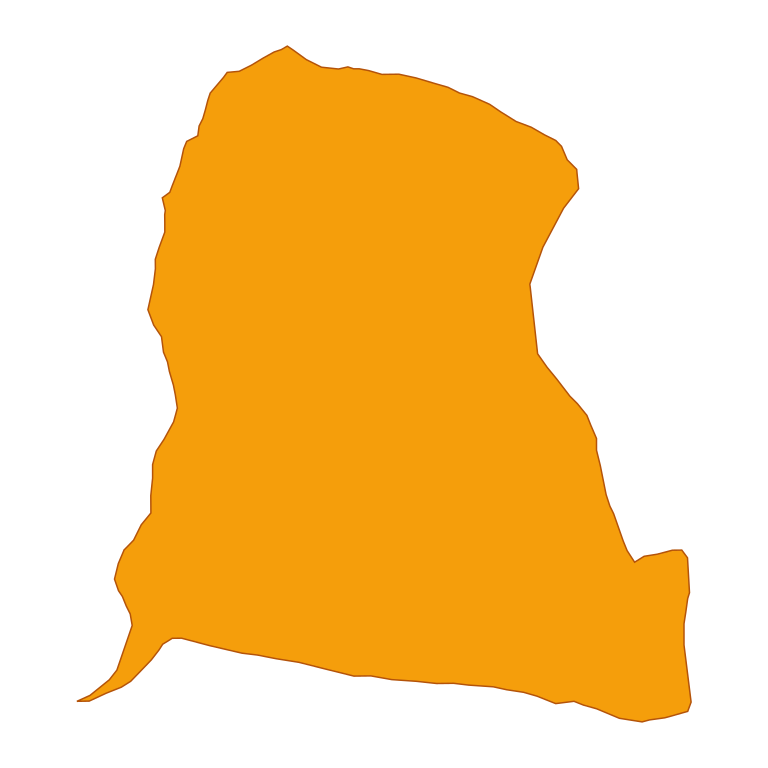 the district of Owan West, Edo, Nigeria
{"feature_id": "59680162B12689851933854", "entity_name": "Owan West", "entity_type": "district", "adm_level": 2, "iso_a3": "NGA", "parent_name": "Nigeria", "parent_adm1": "Edo", "projection": "orthographic", "projection_center": [5.884, 6.933], "detail": "fine", "context": "isolated", "style": "filled", "palette": "amber", "viewbox_px": 768, "rotation_deg": 0, "n_neighbors": 0, "source": "geoboundaries", "source_scale": "gbopen_adm2", "svg_char_len": 2178}
<svg xmlns="http://www.w3.org/2000/svg" viewBox="0 0 768 768"><path d="M687.7,711.4L691.1,702.1L684.0,645.0L684.0,623.7L685.8,612.1L687.7,598.5L689.5,592.7L687.5,557.8L681.8,550.1L672.4,550.2L657.3,554.2L644.1,556.3L634.6,562.2L627.1,550.6L623.2,541.0L619.1,529.3L613.7,513.9L612.7,511.8L609.9,506.2L606.1,494.6L600.3,465.6L596.5,450.2L596.5,438.5L590.7,425.0L586.9,415.4L577.5,403.8L569.9,396.2L556.6,378.9L547.1,367.3L537.6,353.8L530.2,287.0L529.8,284.2L542.9,247.2L563.6,208.2L578.6,188.7L577.0,173.0L576.7,169.4L567.2,159.8L561.5,146.3L558.4,143.2L555.8,140.5L544.4,134.8L531.2,127.2L516.1,121.5L500.9,112.0L489.6,104.3L472.6,96.7L459.4,93.0L448.0,87.3L434.8,83.5L415.9,77.9L398.9,74.2L381.9,74.4L368.7,70.6L367.2,70.3L359.2,68.8L353.6,68.8L347.9,66.9L338.5,69.0L321.5,67.2L306.3,59.6L293.1,50.0L287.3,46.1L281.3,49.6L274.1,52.0L263.3,58.0L257.2,61.7L251.2,65.3L239.2,71.3L227.2,72.4L224.9,75.5L223.6,77.3L210.2,93.1L207.8,100.4L205.3,110.1L202.8,118.7L199.1,126.0L197.8,135.8L186.7,141.4L183.7,148.7L179.9,166.2L176.4,175.2L175.3,177.9L174.4,180.3L172.3,185.6L169.8,192.3L162.3,197.8L165.3,210.5L164.7,214.7L164.8,222.3L164.8,232.1L159.1,247.6L155.3,259.3L155.4,268.9L153.5,284.5L147.9,309.7L153.7,325.1L161.5,336.7L163.5,352.2L167.5,361.9L169.4,371.5L173.4,385.1L175.3,394.7L177.4,408.3L177.1,409.0L176.5,411.3L175.9,413.6L173.6,421.9L164.0,439.4L156.3,451.0L152.6,464.6L152.6,476.2L152.6,478.2L150.8,495.6L150.9,513.0L147.8,516.8L141.3,524.7L133.6,540.2L126.5,547.5L124.8,549.2L124.0,550.0L123.7,550.9L118.3,563.6L114.5,579.1L118.5,590.7L122.4,596.5L126.3,606.1L130.2,613.9L132.2,625.5L116.9,670.1L109.3,679.8L90.0,695.4L76.9,701.3L89.2,701.1L106.2,693.2L121.3,687.2L130.7,681.3L142.0,669.6L151.4,659.8L158.9,650.1L162.7,644.2L171.3,638.9L172.1,638.3L181.6,638.2L209.9,645.7L242.1,653.2L257.2,655.0L276.1,658.7L298.8,662.3L323.7,668.6L353.9,676.1L370.9,675.9L386.7,678.7L391.7,679.6L416.3,681.3L436.6,683.5L453.6,683.3L468.7,685.1L493.3,686.8L506.5,689.7L523.6,692.3L536.8,696.1L555.7,703.6L574.0,701.3L583.5,705.1L596.7,708.8L619.4,718.3L642.1,721.9L649.6,719.9L664.8,717.8L669.7,716.5L681.6,713.1L687.7,711.4Z" fill="#f59e0b" stroke="#b45309" stroke-width="1.5"/></svg>